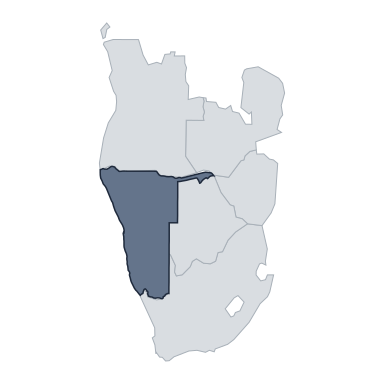 Namibia shown with its bordering countries
{"feature_id": "NAM", "entity_name": "Namibia", "entity_type": "country or territory", "adm_level": 0, "iso_a3": "NAM", "parent_name": "Africa", "parent_adm1": "", "projection": "equal_earth", "projection_center": [18.141, -22.953], "detail": "fine", "context": "with_neighbors", "style": "filled", "palette": "slate", "viewbox_px": 384, "rotation_deg": 0, "n_neighbors": 5, "source": "natural_earth", "source_scale": "50m", "svg_char_len": 5869}
<svg xmlns="http://www.w3.org/2000/svg" viewBox="0 0 384 384"><path d="M139.5,294.8L143.4,289.5L146.6,292.4L147.9,297.0L156.6,299.9L161.0,299.1L168.2,293.6L168.4,253.4L170.6,255.0L175.4,265.4L174.6,272.1L176.4,275.9L182.2,274.8L190.3,266.6L192.3,261.4L196.4,258.8L203.6,263.2L210.3,263.8L215.6,261.2L218.0,252.6L222.5,251.7L228.0,240.2L235.6,232.0L247.5,223.8L262.0,225.6L267.3,249.0L265.4,261.2L265.9,265.1L261.8,263.1L259.5,263.9L256.2,271.2L256.1,275.0L260.7,280.9L265.5,279.7L267.4,274.9L273.6,274.9L269.8,291.8L267.5,296.7L260.1,303.7L249.1,322.3L233.9,339.5L227.7,344.3L215.3,348.9L214.2,351.8L209.4,350.3L205.5,352.3L197.0,350.3L188.9,351.0L174.0,356.8L169.2,360.7L165.6,361.0L162.3,357.3L159.6,357.1L156.3,352.4L155.9,353.9L154.9,344.9L152.3,337.9L154.9,335.9L154.7,327.8L139.5,294.8ZM244.1,302.1L238.0,295.6L234.2,297.8L225.2,308.8L230.9,317.0L233.8,315.9L235.4,312.5L239.9,310.9L244.1,302.1Z" fill="#d9dde1" stroke="#a8b0b8" stroke-width="1"/><path d="M262.0,225.6L247.5,223.8L242.3,218.8L236.0,217.1L233.8,206.1L230.2,204.9L221.0,192.6L213.8,175.1L228.6,177.3L240.9,160.8L243.9,159.9L245.0,155.9L249.9,151.4L256.3,149.9L256.8,154.1L263.8,153.9L269.4,159.1L273.4,159.9L277.7,163.5L274.9,203.9L271.1,213.0L262.0,225.6Z" fill="#d9dde1" stroke="#a8b0b8" stroke-width="1"/><path d="M247.5,223.8L235.6,232.0L228.0,240.2L222.5,251.7L218.0,252.6L215.6,261.2L210.3,263.8L203.6,263.2L196.4,258.8L192.3,261.4L190.3,266.6L182.2,274.8L176.4,275.9L174.6,272.1L175.4,265.4L170.6,255.0L168.4,253.4L168.6,221.1L176.7,220.7L177.2,180.9L196.4,176.6L199.6,181.2L205.0,176.8L213.8,175.1L221.0,192.6L230.2,204.9L233.8,206.1L236.0,217.1L242.3,218.8L247.5,223.8Z" fill="#d9dde1" stroke="#a8b0b8" stroke-width="1"/><path d="M258.2,66.8L278.7,78.2L282.6,83.3L284.6,93.1L281.2,105.5L282.7,114.9L279.9,118.9L277.1,129.5L281.5,132.4L255.7,141.8L256.3,149.9L249.9,151.4L245.0,155.9L243.9,159.9L240.9,160.8L228.6,177.3L213.8,175.1L208.9,170.8L203.5,170.1L196.6,172.7L185.6,156.4L186.2,120.2L203.8,120.4L203.1,116.4L204.4,112.1L203.0,106.8L204.0,101.2L203.1,97.7L206.0,98.0L206.5,101.5L215.9,102.3L218.7,107.5L225.5,109.1L230.7,105.5L232.5,111.5L239.0,113.1L245.5,124.2L251.9,124.3L251.4,112.0L249.1,114.1L240.9,107.6L243.8,82.5L241.9,77.5L244.4,70.1L246.7,68.8L258.2,66.8Z" fill="#d9dde1" stroke="#a8b0b8" stroke-width="1"/><path d="M109.9,27.0L106.8,29.4L105.2,37.4L103.0,38.6L100.7,30.0L106.7,23.0L109.9,27.0ZM104.2,42.2L113.2,39.5L138.5,39.6L143.1,55.1L148.3,64.9L156.8,62.3L161.5,64.0L164.9,54.4L170.2,53.9L170.7,51.9L175.1,51.9L174.3,56.0L184.7,55.9L184.8,63.2L186.5,67.6L185.3,74.5L185.9,81.6L188.7,85.8L188.2,99.5L199.2,97.0L203.1,97.7L204.0,101.2L203.0,106.8L204.4,112.1L203.1,116.4L203.8,120.4L186.2,120.2L185.6,156.4L196.6,172.7L181.1,177.3L160.9,175.7L155.1,170.3L119.8,171.5L114.7,166.4L109.3,166.1L100.2,170.2L99.4,163.1L103.6,137.9L108.3,122.9L115.8,110.4L116.6,101.9L116.1,95.4L113.6,91.3L109.1,77.5L112.2,70.6L107.7,51.7L103.4,44.5L104.2,42.2Z" fill="#d9dde1" stroke="#a8b0b8" stroke-width="1"/><path d="M198.0,174.0L199.8,173.5L201.5,173.1L203.5,172.6L205.1,172.3L205.5,172.2L209.3,172.6L211.0,172.9L211.6,173.2L212.3,173.9L213.7,175.7L213.3,175.6L210.8,176.0L209.8,176.5L207.6,178.6L207.1,178.4L206.6,177.9L206.1,177.8L205.2,178.3L204.2,178.9L203.1,179.8L202.2,180.6L201.9,181.1L200.6,182.8L200.1,183.1L199.7,183.2L199.4,182.4L198.6,180.6L197.2,178.3L196.8,178.1L196.6,178.0L195.6,178.1L192.7,178.8L190.2,179.3L186.4,180.3L182.4,181.0L179.9,181.5L177.7,181.6L177.7,183.9L177.7,188.5L177.7,193.1L177.7,197.6L177.6,202.2L177.6,206.7L177.6,211.3L177.6,215.8L177.5,220.4L177.5,222.4L177.5,222.8L176.2,222.8L173.5,222.8L171.1,222.8L169.2,222.8L169.2,225.5L169.2,228.7L169.2,231.8L169.2,235.0L169.2,238.2L169.2,241.3L169.1,244.5L169.1,247.7L169.1,250.8L169.1,253.2L169.1,253.5L169.1,258.1L169.1,262.9L169.0,267.8L169.0,272.6L169.0,277.5L169.0,282.3L168.9,287.1L168.9,291.9L168.9,293.5L168.1,293.4L166.4,294.0L165.3,294.8L164.9,295.7L164.2,296.3L163.5,296.5L163.1,297.0L163.2,297.7L162.9,298.3L162.3,298.7L161.2,298.6L159.7,298.0L157.7,297.8L155.4,298.2L153.7,298.0L152.7,297.3L151.6,297.0L150.5,296.9L149.8,296.6L148.4,296.1L148.2,295.3L148.0,294.7L147.6,294.0L147.6,293.5L147.9,293.1L147.9,292.4L147.7,291.5L147.3,291.1L146.8,291.1L146.5,290.7L146.3,290.0L146.0,289.5L145.2,288.9L144.3,289.3L143.8,290.0L143.5,291.0L143.3,291.4L143.1,292.3L143.1,292.9L142.8,293.5L142.6,293.7L142.3,293.6L141.8,293.9L140.7,294.8L140.4,295.3L139.4,294.4L136.8,291.1L135.8,290.2L134.4,288.2L131.3,281.9L130.9,280.7L130.2,277.7L129.5,275.4L129.5,274.1L129.8,273.4L129.6,272.4L129.2,271.5L128.2,270.3L127.8,266.4L127.1,263.9L127.2,261.8L126.9,259.8L126.8,258.6L127.0,256.3L126.4,253.6L125.2,250.9L124.1,247.1L124.0,245.5L124.0,241.0L123.8,239.1L123.8,237.0L123.4,234.7L123.2,233.5L123.5,232.5L123.6,232.9L123.9,233.0L124.1,231.7L124.2,230.6L123.6,227.8L122.4,224.9L119.5,220.2L118.8,218.4L118.3,216.9L115.1,210.7L113.6,206.3L112.6,202.6L111.5,200.8L106.5,188.5L105.4,186.5L103.4,184.1L103.0,183.3L102.2,181.1L100.7,178.1L100.3,175.2L100.2,172.0L100.3,169.6L101.6,169.3L102.6,168.7L103.4,168.6L104.3,169.1L105.1,169.2L105.5,169.1L107.1,169.2L108.0,168.6L109.0,168.0L109.7,167.5L110.5,166.9L111.7,166.4L112.3,166.4L113.2,166.6L114.2,166.9L114.8,167.2L115.6,168.4L116.7,169.4L117.5,170.0L118.5,170.8L118.8,171.2L119.2,171.3L119.4,171.4L121.2,171.3L122.8,171.1L124.5,171.1L127.7,171.2L130.9,171.2L134.1,171.2L137.3,171.2L140.5,171.2L143.7,171.2L146.9,171.2L150.1,171.2L151.5,171.2L153.8,171.2L156.2,171.3L156.4,171.3L156.7,171.6L156.9,171.8L157.8,173.2L158.9,174.7L159.8,175.4L160.9,175.8L161.9,176.0L162.8,175.9L164.4,176.1L166.6,176.6L168.9,176.7L171.2,176.5L172.9,176.8L173.9,177.5L174.8,178.0L175.8,178.3L177.2,178.1L178.9,177.5L180.4,177.6L181.1,178.0L181.5,178.0L184.0,177.5L186.0,177.0L189.1,176.2L191.6,175.6L195.3,174.6L198.0,174.0Z" fill="#64748b" stroke="#1e293b" stroke-width="1.5"/></svg>